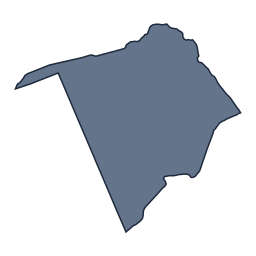 Serra Preta, Bahia, Brazil
{"feature_id": "56859067B53303266645960", "entity_name": "Serra Preta", "entity_type": "district", "adm_level": 2, "iso_a3": "BRA", "parent_name": "Brazil", "parent_adm1": "Bahia", "projection": "natural_earth1", "projection_center": [-39.348, -12.116], "detail": "fine", "context": "isolated", "style": "filled", "palette": "slate", "viewbox_px": 256, "rotation_deg": 0, "n_neighbors": 0, "source": "geoboundaries", "source_scale": "gbopen_adm2", "svg_char_len": 1766}
<svg xmlns="http://www.w3.org/2000/svg" viewBox="0 0 256 256"><path d="M240.6,112.8L238.7,109.6L237.4,108.2L235.2,105.0L232.7,101.3L231.6,99.7L230.3,97.9L229.0,96.5L227.1,94.7L225.5,92.9L223.9,90.9L222.2,88.6L220.3,86.4L218.5,83.9L217.1,81.6L215.7,78.7L214.4,76.6L212.7,75.7L210.9,73.9L209.5,71.4L208.3,69.1L206.4,67.3L203.8,64.8L201.8,62.8L198.7,62.1L197.6,59.9L197.4,57.7L198.8,56.0L198.2,53.5L197.8,51.3L197.5,48.5L196.6,45.1L195.0,42.7L192.6,39.8L190.9,40.2L188.4,39.6L186.2,40.1L183.9,38.9L182.8,36.5L182.7,33.4L180.7,31.5L178.7,30.6L177.2,29.1L174.8,28.6L172.4,28.3L169.9,27.4L168.4,25.8L166.7,24.0L163.8,24.6L161.9,24.8L159.5,24.3L156.0,24.2L152.7,24.9L150.2,26.6L149.0,29.6L148.1,32.2L147.0,34.3L145.0,34.5L143.8,36.2L141.5,38.1L139.5,40.7L137.2,41.6L134.4,41.3L132.1,41.8L130.3,41.9L128.7,43.1L126.2,45.0L125.6,47.2L124.1,48.6L95.9,56.2L94.1,55.7L91.9,55.0L89.9,55.2L82.1,57.6L49.5,65.0L30.2,72.7L27.6,73.7L24.9,75.6L23.1,78.6L21.4,80.8L20.0,82.5L18.2,83.5L17.0,84.9L16.2,87.0L15.4,88.9L30.2,84.0L58.2,73.0L61.4,80.5L76.6,116.2L92.9,154.4L94.0,156.9L95.2,160.0L100.8,173.0L115.3,207.1L116.4,209.8L126.0,232.0L133.4,225.6L135.6,224.7L137.3,223.4L139.0,222.1L140.7,220.7L142.5,218.3L143.1,215.6L143.3,213.1L143.5,210.4L145.3,207.1L155.2,196.4L159.0,192.2L162.6,188.0L164.7,186.5L166.2,184.0L165.3,181.3L163.6,178.9L164.4,176.6L166.8,176.2L168.9,175.7L171.8,175.7L173.9,175.7L176.2,175.2L178.9,174.6L181.2,174.4L183.9,174.1L186.4,174.1L188.5,174.6L190.0,175.9L191.1,177.4L192.9,177.4L195.0,176.5L199.6,171.1L207.3,148.5L208.2,146.2L212.0,136.1L213.3,132.6L213.6,130.2L215.1,129.2L216.8,126.7L219.3,123.3L222.2,121.3L224.6,120.3L226.2,119.3L228.3,118.3L234.9,115.5L236.6,114.9L238.6,113.5L240.6,112.8Z" fill="#64748b" stroke="#1e293b" stroke-width="1.5"/></svg>